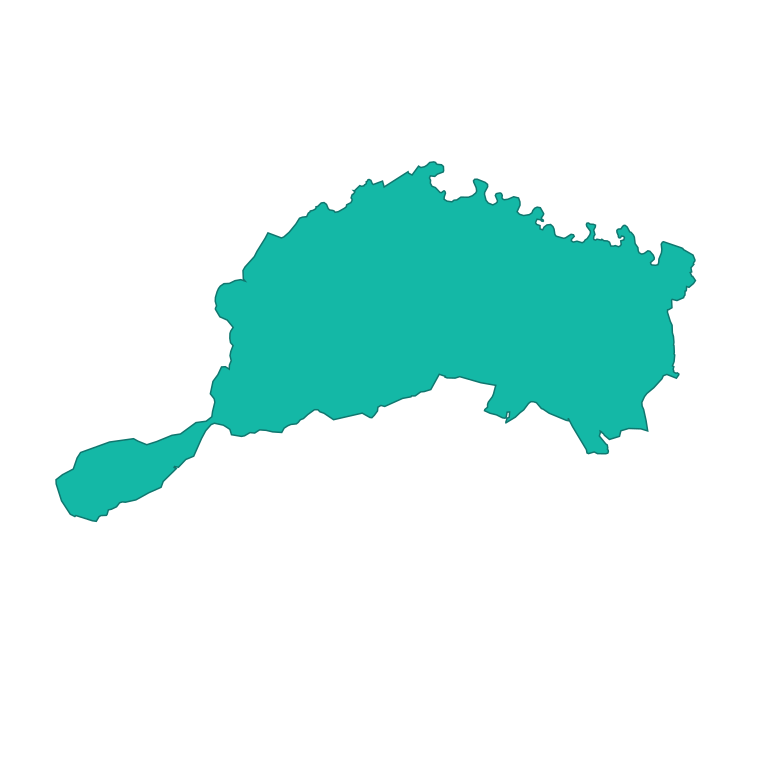 Dieci, Arad, Romania, rotated 201°
{"feature_id": "2599482B18788112816328", "entity_name": "Dieci", "entity_type": "district", "adm_level": 2, "iso_a3": "ROU", "parent_name": "Romania", "parent_adm1": "Arad", "projection": "orthographic", "projection_center": [22.243, 46.362], "detail": "fine", "context": "isolated", "style": "filled", "palette": "teal", "viewbox_px": 768, "rotation_deg": 201, "n_neighbors": 0, "source": "geoboundaries", "source_scale": "gbopen_adm2", "svg_char_len": 6171}
<svg xmlns="http://www.w3.org/2000/svg" viewBox="0 0 768 768"><g transform="rotate(201 384 384)"><path d="M429.8,599.8L432.7,589.2L436.6,589.6L437.6,590.8L454.5,568.0L458.1,572.9L465.5,566.4L466.8,566.9L469.2,569.4L471.2,569.6L472.1,569.0L472.4,567.1L473.1,566.4L472.4,565.1L472.6,564.2L473.6,562.9L473.7,561.9L475.8,560.5L477.7,560.5L480.8,553.8L481.6,553.6L480.0,552.9L480.7,550.0L481.4,549.8L481.6,549.1L481.4,545.9L480.3,545.3L479.6,544.1L479.9,541.5L483.1,537.9L482.7,536.0L483.8,534.1L488.4,528.5L491.2,526.8L492.5,527.6L493.9,527.7L497.1,527.0L498.9,527.7L502.1,531.1L505.0,531.9L507.5,530.5L509.6,525.9L511.0,525.1L510.6,524.2L510.7,522.9L512.4,520.8L514.8,519.1L514.9,517.9L515.9,516.4L516.2,512.5L520.0,510.5L522.3,508.5L523.6,501.7L526.9,491.7L530.2,485.4L532.1,483.6L546.5,483.5L547.2,477.4L550.1,462.4L550.7,456.5L555.7,443.4L556.3,439.4L553.0,431.7L550.6,430.3L555.1,430.1L560.1,427.1L564.4,422.5L569.4,420.3L571.9,416.7L572.7,413.9L572.9,410.4L572.4,404.4L571.2,400.8L568.3,396.9L568.5,394.2L568.1,393.3L561.3,387.9L553.3,387.5L545.1,382.8L546.0,378.6L545.9,376.0L544.3,371.4L542.1,367.6L538.7,365.8L538.7,359.5L537.9,355.3L535.0,351.0L535.1,346.4L533.8,342.4L538.3,343.3L541.8,341.7L542.4,333.2L544.6,325.2L542.6,312.6L537.3,309.4L535.4,306.4L534.2,296.9L533.0,291.7L536.7,285.5L545.7,280.6L556.1,264.4L563.6,260.1L575.7,248.7L583.7,242.3L593.2,242.5L598.2,243.2L619.4,231.5L642.7,211.3L644.0,205.0L643.6,193.3L651.6,184.2L655.9,177.1L654.2,173.2L643.2,159.4L630.2,150.0L625.1,149.5L624.5,150.8L607.3,151.8L603.4,152.7L602.5,157.9L601.2,159.7L596.1,161.9L595.8,163.1L596.2,167.7L593.6,169.4L589.7,173.5L588.3,178.3L586.1,180.1L583.0,181.0L574.1,186.9L564.6,198.2L555.1,207.7L555.2,213.9L547.6,230.6L550.0,230.8L550.0,231.9L546.1,232.6L542.0,242.5L535.8,248.4L534.8,267.9L533.7,276.5L530.9,284.1L528.3,286.6L519.2,288.0L515.1,287.2L511.6,286.4L508.2,282.0L498.3,284.0L495.6,285.7L491.7,290.6L487.1,291.9L483.7,296.6L477.4,298.5L470.8,299.4L462.1,302.1L461.4,307.0L458.8,310.6L456.4,312.9L451.5,315.4L450.3,317.4L449.3,320.6L446.8,322.9L444.2,328.2L439.7,335.1L436.5,336.3L433.9,335.1L429.5,335.2L418.3,332.6L393.9,349.0L385.1,347.7L383.2,348.2L381.8,351.4L380.4,356.5L381.4,360.1L379.2,362.9L375.3,363.3L361.4,377.3L354.2,381.7L354.1,382.7L350.6,384.1L346.9,389.8L343.8,391.3L338.3,395.6L335.9,412.9L329.5,413.1L329.5,412.3L327.3,412.3L319.7,415.0L316.0,418.0L294.0,419.9L279.2,422.8L278.2,413.9L278.3,410.9L280.1,404.4L280.0,402.1L279.0,399.4L280.7,396.4L280.6,395.1L274.5,394.7L268.0,395.5L261.3,394.9L258.9,395.4L258.3,395.9L258.1,397.4L259.0,401.8L256.7,402.9L255.2,397.9L256.8,396.2L256.6,392.0L256.2,391.5L249.5,400.1L246.8,405.8L244.3,409.9L242.1,417.6L240.6,420.1L238.2,421.0L235.0,421.2L228.3,417.5L226.3,417.5L219.4,415.9L200.9,415.4L198.6,415.8L199.8,418.1L192.6,411.7L171.5,395.2L169.8,392.4L168.1,392.3L163.4,395.9L159.7,395.5L151.9,398.4L150.3,399.7L150.3,401.2L151.0,402.6L152.1,403.1L152.2,404.5L153.7,407.1L155.4,407.5L164.3,412.6L164.7,416.5L165.3,417.5L163.7,417.3L163.1,416.6L161.4,416.3L159.8,415.1L153.7,413.0L145.4,419.5L146.1,425.2L139.6,430.2L128.1,434.2L121.0,434.7L126.2,443.7L132.5,453.3L135.1,455.9L136.7,459.2L136.3,465.5L135.2,469.3L130.8,477.2L126.4,488.4L126.2,491.8L123.4,494.3L113.1,494.2L112.1,498.2L112.3,499.0L114.2,499.5L115.4,498.6L118.1,499.2L118.4,500.4L119.4,501.4L119.6,504.0L121.2,504.3L121.2,508.8L123.0,515.3L124.1,516.1L124.3,517.5L127.0,523.7L127.6,524.0L128.3,526.9L130.8,532.1L133.1,535.1L136.1,542.1L139.2,545.1L145.2,552.7L145.8,554.9L144.8,555.5L142.5,558.4L145.6,565.4L145.3,566.3L140.4,566.9L135.2,572.0L135.4,573.2L134.9,574.8L136.2,578.6L135.4,579.1L135.3,579.8L136.4,583.4L133.9,583.6L131.1,588.7L130.3,592.2L134.4,595.1L135.2,594.9L138.1,597.8L136.9,598.9L139.1,602.5L137.6,606.7L138.3,607.1L138.4,608.7L137.9,609.9L138.1,611.2L141.7,615.1L152.6,616.8L153.6,617.6L155.1,617.7L174.0,617.0L174.9,616.2L175.3,613.9L172.8,609.1L172.0,605.9L172.1,599.2L171.1,595.9L171.0,593.6L172.9,592.2L176.6,591.1L177.8,591.6L178.7,592.8L176.5,597.2L176.9,598.7L178.8,600.8L183.3,603.2L185.4,602.9L187.9,599.1L190.0,597.6L192.8,597.9L194.4,599.4L195.8,602.3L199.9,605.1L202.9,610.8L204.5,612.4L207.6,614.1L209.1,614.1L213.2,617.7L215.7,618.5L216.8,618.1L217.7,616.8L218.4,613.7L220.8,612.6L221.5,611.5L221.6,610.6L220.8,609.0L218.3,606.4L218.0,605.4L216.9,604.7L215.7,605.2L215.2,607.3L213.2,607.6L212.0,606.9L211.8,604.5L214.3,602.5L212.5,599.2L213.1,597.4L214.2,596.2L217.7,596.1L218.9,595.1L221.6,594.1L224.3,597.2L226.7,597.6L230.0,596.6L232.5,597.2L232.9,596.2L237.1,595.5L238.1,594.1L239.9,594.1L240.6,595.3L241.0,597.1L240.6,599.1L243.4,602.9L243.0,606.4L243.5,608.1L245.8,608.1L248.9,607.1L250.7,607.6L252.1,607.0L252.3,605.7L251.9,604.9L251.1,603.8L246.2,600.7L245.4,598.9L245.4,596.8L246.4,592.5L247.9,590.4L248.2,588.6L249.6,586.9L255.0,586.5L258.1,584.3L260.5,584.8L260.8,586.2L259.3,590.0L260.6,591.2L263.0,590.8L267.0,585.4L268.5,584.4L276.2,583.7L278.1,584.9L280.8,589.6L282.7,591.5L285.6,592.6L288.9,590.9L290.8,587.8L291.1,584.8L293.9,584.7L295.1,587.8L298.7,587.7L300.1,588.7L300.4,589.7L300.2,592.7L296.6,593.4L295.3,592.6L293.8,592.8L293.6,593.4L294.4,594.3L296.0,594.5L296.6,595.4L295.8,599.3L296.0,600.3L301.2,604.6L304.4,604.0L306.3,602.1L307.2,599.4L307.2,596.8L309.0,594.2L314.0,591.3L318.3,591.0L321.5,592.5L321.1,599.7L322.4,602.8L325.1,605.9L330.0,605.3L334.5,600.9L337.8,599.1L339.4,599.2L340.6,600.1L341.2,602.5L342.7,603.9L344.1,604.0L346.9,602.3L347.5,601.6L347.6,599.8L343.9,596.0L343.5,594.4L344.4,592.6L346.6,590.2L351.5,590.3L354.6,592.1L358.1,597.0L358.7,599.0L357.9,605.3L358.9,607.5L361.9,608.5L370.4,608.6L372.7,607.6L373.3,605.8L372.5,604.5L368.2,600.2L366.6,597.2L366.8,595.2L368.9,591.5L372.1,588.6L379.2,586.0L382.0,581.9L384.5,580.7L385.9,578.4L390.7,577.3L394.1,578.0L394.8,580.2L395.0,584.2L395.9,585.4L396.8,585.9L397.5,585.6L399.0,583.2L400.4,582.9L406.4,585.8L410.1,585.8L412.7,588.1L413.6,591.0L415.4,592.6L415.3,594.9L411.0,596.0L409.4,599.0L404.7,603.2L404.8,604.6L406.5,608.4L408.9,609.3L412.9,608.2L414.1,608.3L415.2,609.3L417.1,609.2L420.7,607.2L422.4,603.5L424.1,601.3L427.2,599.3L429.8,599.8Z" fill="#14b8a6" stroke="#0f766e" stroke-width="1.5"/></g></svg>